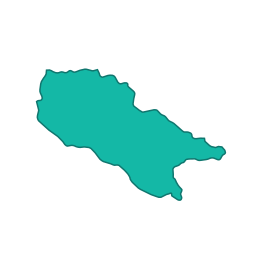 the Department of Caazapá, rotated 64°
{"feature_id": "PRY-618", "entity_name": "Caazapá", "entity_type": "Department", "adm_level": 1, "iso_a3": "PRY", "parent_name": "Paraguay", "parent_adm1": "", "projection": "albers", "projection_center": [-55.918, -26.161], "detail": "fine", "context": "isolated", "style": "filled", "palette": "teal", "viewbox_px": 256, "rotation_deg": 64, "n_neighbors": 0, "source": "natural_earth", "source_scale": "10m", "svg_char_len": 2853}
<svg xmlns="http://www.w3.org/2000/svg" viewBox="0 0 256 256"><g transform="rotate(64 128 128)"><path d="M173.7,64.7L179.3,62.5L180.5,61.8L181.6,60.9L182.2,60.0L183.3,58.7L183.9,57.9L184.1,57.0L184.1,56.4L184.3,54.8L186.2,51.9L190.3,50.8L191.3,50.9L192.9,51.3L193.4,51.9L193.7,52.7L193.7,53.6L193.9,54.7L194.4,55.8L195.8,57.8L196.3,58.6L196.5,59.6L196.3,60.4L195.6,61.4L192.7,64.0L191.8,65.3L191.2,67.0L191.0,69.9L190.6,71.6L188.8,77.1L188.3,78.3L187.6,79.2L185.2,81.2L184.9,81.7L182.6,86.7L181.9,88.9L181.9,90.2L182.5,91.2L183.0,92.0L183.3,93.3L183.0,94.7L183.0,95.9L183.7,98.4L183.7,99.6L183.3,103.0L183.7,104.4L184.4,105.4L184.9,105.8L189.6,107.7L191.1,108.5L192.0,108.9L192.8,109.0L194.3,108.3L195.2,108.2L198.0,108.3L201.2,108.1L203.2,107.7L206.8,106.6L207.4,106.8L208.1,107.3L208.6,107.8L209.0,108.3L209.6,109.0L210.3,109.6L211.2,109.9L213.4,110.1L214.2,110.3L214.9,110.8L215.6,111.7L215.7,112.7L215.1,113.9L214.2,114.8L208.3,118.3L206.8,118.0L206.4,117.7L206.0,117.6L205.6,117.7L205.3,118.1L205.1,119.1L205.1,119.9L205.0,120.7L204.8,121.5L204.6,122.5L204.7,128.6L204.3,129.6L203.7,130.7L202.7,131.8L198.0,136.4L188.5,143.8L186.5,145.0L178.8,147.9L176.5,148.3L175.0,148.4L173.4,148.0L171.4,148.0L169.0,148.3L164.3,149.7L157.6,152.5L156.5,153.9L155.5,156.5L154.7,157.4L152.6,159.2L147.4,164.8L145.6,166.0L143.6,166.9L135.8,168.4L130.2,170.2L128.5,171.5L126.0,175.3L125.5,176.5L124.4,179.6L123.3,181.3L122.0,182.8L120.4,184.1L119.5,185.2L118.8,186.4L117.7,190.3L116.9,191.2L115.1,192.0L111.7,192.5L104.8,194.8L95.2,200.0L82.2,205.2L80.3,205.2L78.6,204.8L76.9,203.7L73.4,200.8L72.7,200.4L64.2,198.6L64.0,197.5L64.0,197.2L64.1,196.6L64.6,195.3L64.9,194.2L64.6,193.1L63.7,192.0L61.8,191.5L58.2,191.4L56.6,191.1L54.9,190.3L50.1,187.1L48.3,185.4L46.2,182.1L45.3,180.3L44.3,178.8L43.6,177.9L40.3,175.9L41.5,173.1L43.0,171.7L44.4,170.8L46.5,168.9L47.5,167.4L48.0,165.9L48.1,164.4L48.5,163.0L49.2,162.0L50.7,160.4L51.2,159.1L51.3,157.9L51.0,156.7L50.9,155.5L51.1,154.8L51.6,154.1L53.9,152.4L54.4,151.5L54.7,150.3L55.1,145.8L56.2,141.1L57.0,139.6L60.9,135.1L61.4,134.0L62.2,129.9L65.9,129.9L68.7,130.3L70.3,129.6L71.2,128.6L72.0,123.0L72.7,120.9L73.9,118.8L75.1,117.8L76.7,117.3L82.2,117.1L84.1,116.4L85.0,115.4L85.4,114.0L85.6,112.5L86.0,111.1L86.9,109.5L87.8,109.0L88.6,109.0L89.3,109.5L90.1,109.7L91.2,109.6L96.7,107.2L98.3,106.7L99.7,106.7L100.6,107.2L101.1,107.5L104.2,110.0L108.7,113.0L110.8,113.2L117.2,110.0L120.0,108.1L120.2,107.8L120.3,107.6L120.6,106.5L123.0,96.8L123.5,95.7L124.5,94.3L126.0,93.7L129.7,92.6L131.1,91.7L133.2,89.9L134.6,89.3L138.6,88.4L139.9,87.8L142.7,85.6L144.2,84.7L154.3,80.5L155.8,79.7L156.4,79.0L157.6,76.5L158.4,75.4L160.1,73.9L161.2,73.6L162.3,73.7L163.3,74.1L164.4,74.2L165.7,73.8L166.8,72.7L167.5,71.4L168.9,67.4L169.8,65.7L170.1,65.1L170.8,63.8L173.7,64.7Z" fill="#14b8a6" stroke="#0f766e" stroke-width="1.5"/></g></svg>